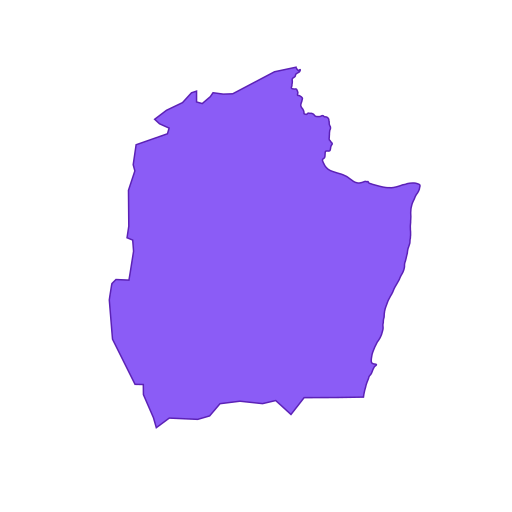 Gavar, Gegharkunik, Armenia (Mercator projection), rotated 16°
{"feature_id": "60910142B38789049969589", "entity_name": "Gavar", "entity_type": "district", "adm_level": 2, "iso_a3": "ARM", "parent_name": "Armenia", "parent_adm1": "Gegharkunik", "projection": "mercator", "projection_center": [45.138, 40.338], "detail": "fine", "context": "isolated", "style": "filled", "palette": "violet", "viewbox_px": 512, "rotation_deg": 16, "n_neighbors": 0, "source": "geoboundaries", "source_scale": "gbopen_adm2", "svg_char_len": 6025}
<svg xmlns="http://www.w3.org/2000/svg" viewBox="0 0 512 512"><g transform="rotate(16 256 256)"><path d="M115.3,228.0L125.5,262.4L127.0,274.0L133.1,274.7L137.0,285.2L139.8,307.9L140.5,314.2L127.9,317.2L125.1,322.2L125.2,322.5L125.2,323.6L126.6,335.1L127.1,338.7L141.0,375.5L175.1,412.7L183.1,410.6L186.0,420.3L202.0,439.7L207.5,448.5L217.3,435.7L245.0,429.1L255.5,422.5L262.1,407.9L280.6,400.0L303.0,396.1L314.8,389.5L333.3,398.7L341.3,378.9L372.9,369.7L398.2,362.0L397.8,359.3L397.5,355.0L397.5,353.7L397.5,352.0L397.4,350.2L397.4,348.8L397.5,346.9L397.7,344.8L397.9,343.0L397.9,341.5L397.9,340.8L398.1,340.1L398.3,339.5L398.9,338.4L399.2,337.4L399.4,336.4L399.7,332.9L399.9,331.8L400.1,330.8L400.3,329.9L400.6,329.3L401.0,328.8L401.2,328.5L401.5,328.1L401.7,327.6L401.7,327.3L401.5,327.1L401.1,327.0L400.2,327.1L398.6,327.3L398.0,327.2L397.3,327.1L396.8,326.8L396.4,326.5L396.0,325.8L395.7,325.2L395.2,323.0L394.9,320.6L394.7,318.7L394.7,316.8L394.9,314.3L395.3,310.5L395.5,309.6L395.7,308.5L395.9,307.4L396.3,305.2L396.5,304.7L397.0,303.4L397.2,302.6L397.7,300.9L397.9,299.8L398.2,297.8L398.3,296.9L398.3,295.2L398.3,293.0L398.2,291.2L398.0,290.2L397.7,289.3L397.1,287.7L396.9,287.0L396.8,286.3L396.7,284.9L396.6,284.4L396.3,283.4L396.2,282.7L396.0,281.4L396.0,279.7L395.9,279.1L395.3,276.6L395.1,275.6L395.0,274.6L394.8,273.5L394.8,272.5L394.7,271.3L394.8,268.9L395.2,263.5L395.3,262.5L395.5,261.4L395.9,259.5L396.4,257.1L396.9,255.4L397.1,254.2L397.4,252.8L397.5,251.5L397.7,250.1L397.7,249.6L398.2,247.2L398.8,244.9L399.8,240.8L400.2,239.1L400.3,238.0L400.4,237.1L400.5,236.4L400.8,234.7L401.1,233.6L401.4,232.3L401.7,230.9L401.8,229.7L401.9,228.4L401.8,226.2L401.7,225.4L401.5,224.7L401.2,223.6L401.0,222.6L400.9,221.4L401.0,219.3L400.9,216.7L400.7,213.2L400.7,211.8L400.3,209.5L400.2,208.5L400.1,207.4L400.1,206.2L400.2,205.4L400.3,202.3L400.3,201.1L399.9,199.3L399.8,198.8L399.6,198.1L399.5,197.3L399.5,196.4L399.1,194.8L399.0,194.1L398.8,193.2L398.6,192.5L397.9,190.1L397.1,188.0L396.7,186.6L396.3,185.4L396.0,184.3L395.4,181.2L394.9,179.4L394.7,178.4L394.5,177.6L394.0,175.5L393.3,173.4L392.9,172.2L392.6,171.1L392.4,170.0L392.1,168.8L391.9,167.5L391.8,166.8L391.8,165.9L391.7,164.4L391.7,163.7L391.7,162.5L391.8,161.5L392.1,159.4L392.4,157.8L392.7,154.9L392.9,154.0L393.2,152.7L393.8,151.1L394.3,149.2L394.4,148.5L394.5,147.8L394.6,146.7L394.5,146.0L394.4,144.6L394.4,143.9L394.3,143.4L394.2,143.1L394.0,142.7L393.6,142.4L393.1,142.2L392.5,142.1L391.3,142.0L390.6,142.0L389.6,142.0L388.6,142.1L386.9,142.5L385.5,143.0L384.4,143.4L383.2,143.9L381.9,144.5L381.1,145.0L379.9,145.9L379.1,146.3L377.3,147.2L375.4,148.6L374.5,149.2L372.0,150.8L369.4,152.2L368.2,152.7L367.3,153.1L366.0,153.4L363.4,154.1L361.8,154.4L359.3,154.7L357.4,154.8L355.4,154.9L348.2,155.0L347.1,154.9L345.3,154.9L344.7,154.8L344.3,154.6L343.9,154.4L343.2,153.6L342.9,153.6L342.7,153.7L342.3,154.0L341.9,154.1L341.1,154.0L340.7,154.1L340.4,154.2L339.8,154.5L338.5,155.5L337.1,156.4L336.5,156.7L335.8,157.1L334.9,157.5L334.1,157.7L333.2,157.8L332.3,157.8L331.3,157.8L330.3,157.7L329.6,157.5L328.8,157.3L328.0,157.0L324.4,155.7L322.0,154.8L320.9,154.5L318.8,154.2L317.7,154.0L315.5,153.8L311.2,153.8L306.1,153.6L305.0,153.5L304.0,153.4L303.4,153.3L301.4,152.7L300.6,152.4L300.0,152.0L299.2,151.6L298.3,151.0L297.5,150.4L296.6,149.5L295.9,148.7L295.2,148.0L293.9,146.4L293.7,146.0L293.5,145.6L293.4,145.1L293.4,144.8L293.6,144.4L294.7,142.8L294.8,142.5L294.8,142.1L294.8,141.2L294.7,140.8L294.5,139.8L294.2,138.6L294.0,137.5L293.9,137.0L294.0,136.5L294.2,136.1L294.4,135.9L294.7,135.7L295.1,135.5L297.0,135.1L297.4,134.9L297.6,134.7L297.9,134.4L298.1,133.8L298.1,133.4L298.0,132.0L297.8,130.8L297.8,129.7L297.9,129.2L298.0,128.8L298.1,128.3L298.3,127.9L298.4,127.5L298.3,127.2L298.2,126.8L297.9,126.5L297.3,126.0L296.4,125.6L295.6,124.8L295.3,124.6L295.0,124.5L294.6,124.3L294.4,123.9L294.1,123.5L293.9,122.9L293.7,121.7L293.3,120.0L293.0,118.6L292.7,117.6L292.5,116.3L292.4,115.7L292.3,115.2L292.3,114.6L292.4,114.2L292.4,113.7L292.5,113.2L292.3,112.4L292.1,111.7L291.8,111.2L291.1,110.5L290.8,110.1L290.4,109.6L290.0,108.9L289.4,107.0L289.1,106.3L288.8,105.9L288.3,104.6L287.8,104.0L287.4,103.7L286.8,103.3L286.3,103.1L285.6,103.0L284.9,103.0L284.4,103.1L283.9,103.2L283.5,103.3L283.2,103.3L282.3,102.8L282.1,102.7L281.7,102.7L281.3,102.7L280.8,102.9L280.4,103.2L279.6,103.9L279.1,104.3L277.2,104.9L275.9,105.2L275.2,105.3L274.4,105.2L274.0,105.0L273.1,104.5L272.7,104.1L272.2,103.9L271.6,103.7L271.0,103.6L270.3,103.6L269.8,103.6L268.8,103.9L268.1,104.1L267.3,104.1L266.8,104.3L266.4,104.6L266.2,104.9L266.1,105.3L265.8,105.6L265.6,105.9L265.2,106.0L264.8,106.1L263.4,106.1L263.1,106.0L262.9,105.8L262.7,105.4L262.6,105.1L262.5,104.6L262.2,104.1L261.9,103.5L261.2,102.7L260.8,102.2L259.9,101.4L259.2,101.0L258.7,100.6L258.3,100.1L257.9,99.6L257.6,99.1L257.4,98.5L257.3,97.9L257.3,96.0L257.4,95.2L257.3,92.8L257.2,91.7L257.0,91.4L256.8,91.2L256.0,90.7L255.4,90.4L254.8,90.3L254.3,90.1L253.8,89.9L253.3,89.9L252.8,89.9L252.0,90.1L251.7,90.0L251.5,89.8L251.3,88.9L251.3,87.6L250.9,86.9L250.6,86.4L249.5,85.0L249.0,84.6L248.5,84.4L248.0,84.5L247.1,84.9L245.1,85.2L244.6,85.2L244.2,85.1L243.8,84.8L243.6,84.5L243.5,84.1L243.5,83.7L243.6,83.0L243.5,82.0L243.3,81.3L243.2,80.8L243.2,80.2L243.1,79.5L242.8,78.2L242.2,76.7L242.1,76.2L242.1,75.8L242.1,75.5L242.3,75.1L242.5,74.7L242.9,74.2L243.7,73.3L243.9,73.0L244.2,72.1L244.1,71.6L244.1,70.7L244.2,70.4L244.3,70.0L245.0,69.1L246.1,68.0L246.6,67.5L246.9,67.1L247.1,66.7L247.2,66.2L247.3,65.4L247.3,65.1L247.2,64.8L247.0,64.7L246.8,64.8L246.7,64.9L246.2,65.8L245.9,66.0L245.7,66.1L245.2,66.0L245.1,65.9L245.0,65.7L244.9,65.6L244.7,65.5L244.1,65.3L243.8,65.1L243.7,64.9L243.4,64.6L242.7,64.0L242.5,63.8L242.4,63.5L223.0,73.8L188.9,106.5L180.0,109.4L169.7,110.9L168.2,115.4L162.3,124.3L156.4,124.3L153.4,113.9L149.0,116.9L143.1,128.8L129.8,140.6L120.9,152.5L126.8,155.5L137.2,157.0L137.2,162.9L110.1,182.1L112.8,202.1L116.1,207.6L115.3,228.0Z" fill="#8b5cf6" stroke="#5b21b6" stroke-width="1.5"/></g></svg>